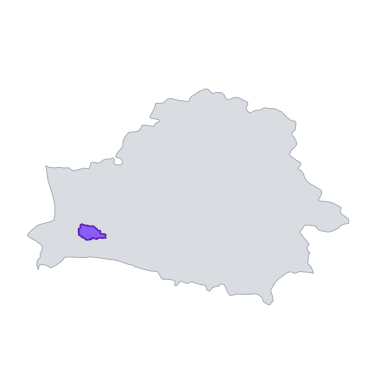 Byaroza, Brest, Belarus shown in context, rotated 6°
{"feature_id": "67162791B6222300561744", "entity_name": "Byaroza", "entity_type": "district", "adm_level": 2, "iso_a3": "BLR", "parent_name": "Belarus", "parent_adm1": "Brest", "projection": "natural_earth1", "projection_center": [25.045, 52.495], "detail": "fine", "context": "in_parent", "style": "filled", "palette": "violet", "viewbox_px": 384, "rotation_deg": 6, "n_neighbors": 0, "source": "geoboundaries", "source_scale": "gbopen_adm2", "svg_char_len": 7153}
<svg xmlns="http://www.w3.org/2000/svg" viewBox="0 0 384 384"><g transform="rotate(6 192 192)"><path d="M321.3,260.0L314.9,259.7L307.2,259.8L303.0,262.2L298.3,261.0L295.0,262.3L287.7,268.8L284.8,272.3L282.1,277.7L280.5,281.7L281.5,284.5L283.0,287.1L283.4,289.9L284.2,292.1L282.3,293.7L281.3,296.0L278.1,295.6L274.1,293.4L273.2,290.2L270.1,288.0L268.1,286.8L264.9,286.7L259.7,287.7L252.8,288.5L247.7,288.7L244.9,289.8L240.8,290.9L239.1,289.6L236.8,286.0L234.8,282.4L233.5,280.8L232.3,280.4L230.9,280.5L229.4,281.6L228.2,282.8L223.9,284.1L222.0,285.4L220.0,288.8L218.6,288.5L217.2,287.8L215.5,284.0L213.2,283.2L209.6,283.1L205.1,282.3L201.4,281.2L200.1,281.5L198.0,283.1L195.6,283.3L190.5,281.9L189.5,282.5L186.6,286.6L185.2,286.8L184.4,286.3L184.8,282.8L181.8,281.5L176.8,281.3L173.3,281.8L171.5,281.7L170.7,281.0L166.3,275.0L164.0,274.6L159.9,274.9L153.9,274.2L146.9,272.9L143.1,272.4L141.1,271.0L136.8,270.6L125.3,268.1L120.6,267.6L113.7,267.6L103.2,267.0L96.5,267.3L93.3,268.2L89.7,268.7L77.3,269.4L72.8,270.0L71.5,271.3L70.0,274.0L64.8,278.8L59.8,281.9L58.9,282.2L56.0,280.5L53.5,280.0L50.7,279.8L48.7,280.3L47.4,281.1L47.5,284.8L47.2,285.1L45.1,280.7L45.3,276.8L46.5,274.6L48.0,272.5L47.4,269.5L48.9,265.5L49.0,262.6L48.3,261.3L47.2,259.9L43.9,258.3L42.5,257.0L38.1,255.4L33.8,253.3L33.0,252.0L33.3,251.1L34.0,249.8L37.4,245.9L41.0,242.2L43.3,240.6L55.6,235.8L57.5,234.1L58.0,231.3L57.8,225.5L57.1,220.2L56.2,216.6L53.9,209.8L47.7,195.8L44.0,181.3L46.4,182.2L52.2,182.5L56.8,181.5L59.2,181.3L61.4,181.6L67.4,180.8L68.9,182.1L71.6,183.3L76.9,181.6L81.7,179.6L86.6,179.8L87.3,178.8L88.5,173.7L89.9,172.6L95.8,173.1L97.9,172.1L100.2,169.6L103.6,168.1L106.5,168.1L109.5,166.3L111.0,167.5L111.7,169.6L110.7,171.3L111.2,171.9L113.2,172.8L116.8,172.8L119.1,172.1L119.6,171.1L119.6,169.3L119.0,167.7L117.5,166.3L114.7,165.6L112.7,165.5L112.4,164.6L113.0,162.7L114.8,159.2L116.9,156.0L118.2,154.8L118.4,153.7L118.2,151.7L118.1,148.2L120.0,143.4L122.6,139.7L126.0,138.5L130.3,137.9L133.0,136.2L134.3,134.2L135.4,131.0L136.8,130.4L146.9,130.8L148.5,127.7L149.3,126.8L151.3,125.9L152.6,124.8L152.1,123.9L149.5,123.3L143.4,122.9L142.2,121.8L142.5,120.6L144.1,117.4L145.7,113.2L146.4,110.0L146.5,108.1L147.4,107.6L152.3,107.0L154.0,106.4L158.2,102.0L161.5,101.2L169.9,102.4L173.8,102.3L178.7,102.6L179.1,102.1L180.8,97.8L189.0,90.9L193.4,88.5L196.2,88.0L197.1,88.1L201.7,91.8L202.7,91.9L205.7,90.4L210.8,90.2L213.2,91.5L216.7,96.0L218.5,96.5L223.4,94.0L226.1,93.2L228.0,93.2L237.4,96.7L238.2,97.8L238.3,99.1L236.9,103.2L238.9,105.7L241.2,107.4L246.0,104.6L247.8,103.8L249.7,103.8L252.3,102.7L254.1,101.2L255.9,100.6L259.4,101.0L265.7,100.6L273.0,103.1L273.7,103.8L277.4,106.7L278.7,108.2L279.9,108.6L281.9,110.0L284.5,110.9L286.3,110.6L287.2,111.1L288.1,112.2L288.2,114.1L288.1,119.5L285.6,122.3L285.2,123.3L285.4,124.5L287.6,126.8L290.3,130.5L291.0,132.6L291.1,134.2L287.6,138.8L286.4,139.9L285.6,142.2L285.2,144.5L285.5,145.5L291.8,149.2L296.4,151.2L297.4,152.2L297.5,152.8L295.2,156.8L295.0,157.8L298.7,159.5L300.8,162.1L302.7,166.3L306.3,170.4L319.4,176.4L320.5,177.4L321.0,178.7L320.7,181.5L318.5,186.8L320.7,187.6L326.4,187.4L333.3,188.1L341.8,191.8L341.9,193.5L341.1,195.0L341.7,196.7L342.7,198.0L350.0,202.3L350.8,203.5L351.0,205.5L350.8,207.0L348.8,207.4L346.7,208.1L343.1,209.9L341.8,212.4L336.0,215.9L332.5,217.5L329.6,217.6L322.7,216.9L320.2,215.1L319.2,213.5L316.5,212.8L313.0,212.8L308.2,213.0L307.2,213.5L306.5,215.5L304.5,218.8L303.1,220.7L309.5,227.3L312.6,230.1L313.7,231.7L313.7,232.9L312.2,234.3L312.6,237.1L315.7,240.9L314.7,241.5L314.5,246.0L314.7,250.9L315.6,252.1L317.2,253.1L318.6,254.8L321.1,258.9L321.3,260.0Z" fill="#d9dde1" stroke="#a8b0b8" stroke-width="1"/><path d="M88.4,248.8L88.6,248.8L89.0,248.9L89.3,248.9L89.5,248.9L89.7,249.1L89.8,249.2L89.8,249.4L90.0,249.5L90.5,249.7L90.8,249.7L90.9,249.8L91.0,249.9L91.0,250.2L91.2,250.4L91.3,250.5L91.6,250.7L91.9,250.7L92.2,250.7L92.5,250.6L92.8,250.6L93.1,250.5L93.3,250.4L93.5,250.4L93.8,250.4L94.1,250.3L94.3,250.3L94.5,250.2L94.9,250.1L95.1,249.9L95.4,249.8L95.5,249.8L95.7,250.0L95.8,250.0L96.2,249.9L96.4,249.8L96.5,249.7L96.9,249.5L97.1,249.5L97.2,249.4L97.2,249.1L97.1,248.9L96.9,248.8L96.6,248.8L96.6,248.7L96.9,248.5L97.2,248.5L97.5,248.5L97.6,248.4L97.8,248.3L97.9,248.2L98.0,248.1L98.1,247.8L98.2,247.7L98.3,247.7L98.5,247.6L98.9,247.8L99.0,247.9L99.1,248.1L99.3,248.3L99.5,248.4L99.7,248.5L99.8,248.5L100.1,248.7L100.3,248.7L100.6,248.7L100.8,248.6L101.0,248.6L101.3,248.5L101.6,248.5L101.9,248.5L102.1,248.7L102.2,248.8L102.3,248.9L102.5,248.8L102.6,248.7L102.4,248.5L102.3,248.4L102.1,248.3L102.0,248.1L102.0,247.9L102.3,247.8L102.6,247.9L102.8,247.9L103.1,247.9L103.4,247.8L103.7,247.8L103.9,247.7L104.2,247.6L104.4,247.4L104.7,247.3L105.0,247.2L105.4,247.1L105.7,247.1L105.9,247.1L106.1,247.2L106.4,247.2L106.6,247.2L106.8,247.2L107.0,247.2L107.4,247.2L107.6,247.4L107.8,247.4L108.0,247.2L108.3,247.1L108.5,247.0L108.8,247.0L108.9,246.9L109.1,246.8L109.3,246.7L109.5,246.6L109.8,246.6L110.2,246.7L110.6,246.8L110.8,246.8L111.1,246.8L111.1,246.7L110.9,246.6L110.8,246.4L110.6,246.2L110.6,245.8L110.5,245.6L110.5,245.3L110.4,244.9L110.4,244.6L110.5,244.5L110.8,244.2L110.8,243.8L110.6,243.5L110.4,243.3L110.1,243.1L109.7,243.0L109.4,243.0L109.1,243.0L108.9,243.0L108.7,243.1L108.4,243.1L108.0,243.1L107.7,243.0L107.3,243.0L107.0,243.0L106.6,242.9L106.4,242.8L106.0,242.8L105.8,242.8L105.6,242.9L105.3,243.0L105.1,242.9L105.0,242.7L105.0,242.3L105.0,242.0L105.0,241.7L105.1,241.3L105.1,240.8L105.1,240.6L105.1,240.4L105.0,240.2L104.8,240.1L104.6,240.0L104.3,240.0L104.0,240.0L103.6,240.0L103.4,240.1L103.2,240.2L103.0,240.3L102.7,240.3L102.6,240.2L102.3,240.0L102.0,239.8L101.7,239.5L101.7,239.3L101.6,239.0L101.5,238.8L100.5,238.2L100.0,238.0L99.6,237.8L99.2,237.4L99.0,237.2L98.8,237.0L98.5,236.7L98.2,236.6L97.9,236.4L97.5,236.2L97.2,236.2L96.9,236.3L96.7,236.3L96.4,236.4L96.2,236.4L95.9,236.5L95.5,236.6L95.2,236.7L94.7,236.7L94.2,236.7L93.8,236.7L93.4,236.6L93.0,236.5L92.4,236.4L92.2,236.3L92.2,236.5L92.0,236.8L91.8,236.8L91.6,236.7L91.4,236.6L91.1,236.3L90.9,236.3L90.4,236.3L90.2,236.3L89.9,236.4L89.5,236.3L89.1,236.3L88.8,236.2L88.6,236.1L88.2,236.0L87.8,236.0L87.4,236.0L87.1,235.9L86.8,235.9L86.5,235.7L86.3,235.5L86.1,235.4L85.9,235.4L85.5,235.5L85.2,235.7L85.1,235.9L85.0,236.0L84.8,236.3L84.7,236.4L84.5,236.5L84.4,236.6L84.3,236.8L84.5,237.1L84.5,237.5L84.6,238.2L84.7,238.4L84.9,238.5L85.1,238.7L85.1,238.9L85.0,239.1L84.8,239.3L84.5,239.4L84.3,239.5L84.1,239.6L83.9,239.8L83.7,240.0L83.6,240.3L83.4,240.3L83.0,240.4L82.9,240.5L83.0,240.7L83.1,240.8L83.2,241.1L83.3,241.3L83.2,241.7L83.3,242.0L83.3,242.3L83.2,242.4L83.1,242.5L83.2,242.8L83.3,242.9L83.5,243.1L83.7,243.3L83.9,243.4L84.0,243.5L83.9,243.8L83.8,244.0L83.6,244.2L83.5,244.3L83.4,244.4L83.4,244.6L83.5,244.8L83.7,245.1L83.9,245.3L84.0,245.4L84.1,245.5L84.3,245.6L84.4,245.8L84.5,245.9L84.5,246.0L84.5,246.4L84.4,246.5L84.1,246.6L84.4,246.8L84.7,246.9L84.9,246.9L85.1,247.0L85.5,247.2L85.7,247.3L86.0,247.4L86.2,247.5L86.4,247.7L86.6,247.9L86.7,248.0L86.8,248.3L87.0,248.4L87.5,248.4L87.9,248.4L88.2,248.5L88.4,248.5L88.4,248.8Z" fill="#8b5cf6" stroke="#5b21b6" stroke-width="1.5"/></g></svg>